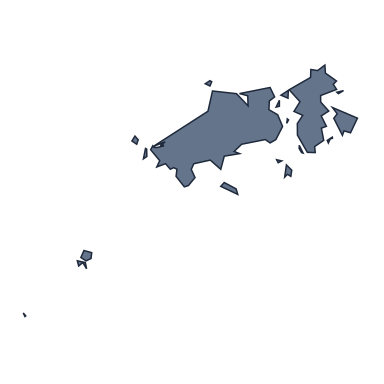 Flinders (Tas.), Tasmania, Australia (orthographic projection), rotated 274°
{"feature_id": "25037944B15550630319657", "entity_name": "Flinders (Tas.)", "entity_type": "district", "adm_level": 2, "iso_a3": "AUS", "parent_name": "Australia", "parent_adm1": "Tasmania", "projection": "orthographic", "projection_center": [148.029, -39.899], "detail": "medium", "context": "isolated", "style": "filled", "palette": "slate", "viewbox_px": 384, "rotation_deg": 274, "n_neighbors": 0, "source": "geoboundaries", "source_scale": "gbopen_adm2", "svg_char_len": 1956}
<svg xmlns="http://www.w3.org/2000/svg" viewBox="0 0 384 384"><g transform="rotate(274 192 192)"><path d="M206.5,175.0L196.6,184.0L198.2,188.0L206.6,194.0L214.5,189.7L220.3,191.8L225.1,208.0L216.6,219.1L230.0,221.7L233.6,236.8L235.4,231.2L243.1,238.2L249.4,261.4L246.4,266.5L250.1,272.0L263.7,277.8L275.0,272.1L279.5,263.0L288.2,262.8L292.6,267.8L301.7,262.6L293.5,232.5L291.9,240.9L281.9,241.9L293.2,229.5L294.2,205.4L273.7,202.3L234.8,150.3L240.2,161.8L236.0,157.1L236.7,160.1L235.9,160.3L233.9,153.8L233.9,150.7L235.3,149.6L231.3,147.8L221.0,157.6L214.5,155.1L218.4,163.6L213.2,168.8L215.0,172.0L213.7,175.4L206.5,175.0ZM245.9,311.2L252.7,319.8L264.7,316.6L266.9,321.5L276.9,315.6L282.3,322.8L290.7,314.1L297.2,313.6L304.4,329.1L309.3,325.4L312.8,328.4L319.9,316.8L327.9,315.7L321.9,308.8L322.5,302.0L314.6,302.3L300.8,281.8L289.6,293.4L279.5,288.1L276.2,297.1L267.6,292.3L256.1,293.2L239.6,304.3L239.9,312.2L245.9,311.2ZM275.4,328.3L259.0,338.1L263.6,339.4L262.1,346.0L277.2,351.9L286.1,326.2L280.1,331.4L275.4,328.3ZM118.6,95.9L124.5,96.2L126.1,88.3L118.9,85.7L115.9,91.1L118.6,95.9ZM213.3,283.4L216.3,286.0L214.5,289.5L220.7,290.0L225.6,284.3L213.3,283.4ZM203.7,223.5L199.6,220.3L192.8,237.8L198.2,235.8L203.7,223.5ZM294.8,274.0L292.3,281.2L300.1,281.0L294.8,274.0ZM221.7,141.2L224.3,144.5L231.6,143.8L232.2,142.6L221.7,141.2ZM114.0,88.0L108.0,92.2L114.2,90.5L115.4,82.4L110.3,84.1L114.0,88.0ZM235.8,133.5L240.3,134.7L243.8,131.2L238.7,128.5L235.8,133.5ZM299.0,202.5L303.4,204.0L304.3,202.1L300.9,197.7L299.0,202.5ZM283.6,273.2L289.6,272.8L282.6,270.0L283.6,273.2ZM227.2,275.9L229.3,279.3L230.1,274.2L227.2,275.9ZM246.1,295.7L242.8,295.9L238.9,298.6L238.6,300.1L246.1,295.7ZM303.7,336.1L301.6,329.5L300.3,331.2L303.7,336.1ZM59.6,32.1L56.1,34.0L56.8,34.8L59.6,32.1ZM250.4,324.6L254.6,326.2L255.4,328.4L256.5,328.1L252.9,323.3L250.4,324.6ZM267.1,281.7L270.7,283.3L271.6,282.0L267.1,281.7Z" fill="#64748b" stroke="#1e293b" stroke-width="1.5"/></g></svg>